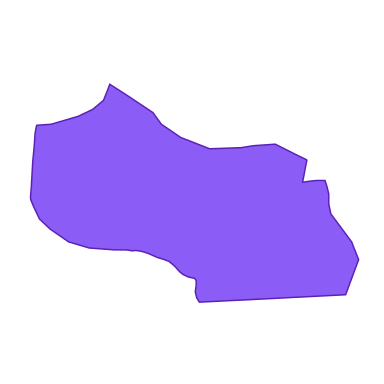 outline of Americ, Dauphin, Saint Lucia, rotated 356°
{"feature_id": "8701671B88518569021729", "entity_name": "Americ", "entity_type": "district", "adm_level": 2, "iso_a3": "LCA", "parent_name": "Saint Lucia", "parent_adm1": "Dauphin", "projection": "orthographic", "projection_center": [-60.932, 14.021], "detail": "fine", "context": "isolated", "style": "filled", "palette": "violet", "viewbox_px": 384, "rotation_deg": 356, "n_neighbors": 0, "source": "geoboundaries", "source_scale": "gbopen_adm2", "svg_char_len": 1099}
<svg xmlns="http://www.w3.org/2000/svg" viewBox="0 0 384 384"><g transform="rotate(356 192 192)"><path d="M308.5,167.8L298.9,162.3L278.4,150.1L267.6,150.1L256.8,150.1L243.8,151.2L212.6,150.1L184.5,136.8L166.2,122.3L158.6,110.1L132.7,90.1L117.5,78.8L114.7,84.9L110.1,94.4L98.6,102.7L83.6,108.6L56.0,114.6L41.9,114.6L41.4,115.4L39.6,122.3L37.8,135.3L35.2,150.9L32.0,176.3L30.5,186.0L30.6,188.4L32.8,195.1L38.0,208.4L48.1,219.3L65.5,233.2L85.6,240.7L109.7,244.2L123.2,245.3L127.7,246.4L129.5,246.6L130.8,246.3L132.4,246.5L136.6,247.4L140.0,248.6L143.9,250.2L153.2,255.0L159.1,257.3L164.2,259.6L169.6,264.8L174.2,270.8L177.4,273.7L182.5,276.6L188.5,278.3L190.0,280.6L189.6,285.7L188.3,291.8L189.3,297.9L191.7,302.4L294.9,304.4L338.1,305.2L353.5,271.1L349.1,257.2L347.9,253.1L330.7,226.2L329.9,224.9L329.0,223.5L327.6,213.4L328.3,203.3L327.8,200.7L326.9,195.4L325.5,189.8L320.2,189.4L318.5,189.3L316.0,189.2L314.0,189.3L310.6,189.4L305.5,189.8L304.3,189.9L303.0,189.9L303.6,187.8L304.6,184.1L306.0,178.7L306.5,176.7L308.8,168.3L308.5,167.8Z" fill="#8b5cf6" stroke="#5b21b6" stroke-width="1.5"/></g></svg>